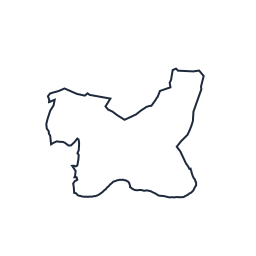 outline of Oju, Benue, Nigeria, rotated 25°
{"feature_id": "59680162B46226733150895", "entity_name": "Oju", "entity_type": "district", "adm_level": 2, "iso_a3": "NGA", "parent_name": "Nigeria", "parent_adm1": "Benue", "projection": "equal_earth", "projection_center": [8.388, 6.875], "detail": "fine", "context": "isolated", "style": "outline", "palette": "slate", "viewbox_px": 256, "rotation_deg": 25, "n_neighbors": 0, "source": "geoboundaries", "source_scale": "gbopen_adm2", "svg_char_len": 2419}
<svg xmlns="http://www.w3.org/2000/svg" viewBox="0 0 256 256"><g transform="rotate(25 128 128)"><path d="M65.2,175.3L66.7,173.0L69.1,170.2L72.5,169.2L74.9,168.1L77.3,168.1L79.9,168.7L81.5,169.0L83.7,167.9L85.5,163.3L86.5,159.0L88.1,159.4L90.0,162.2L91.2,165.0L92.8,169.2L92.8,171.1L92.8,172.2L94.7,173.2L96.4,177.7L97.5,181.9L97.9,183.4L96.8,184.9L94.8,185.1L93.4,185.9L96.4,187.7L98.7,189.1L100.3,193.8L100.3,195.3L102.2,194.4L103.9,196.4L102.2,198.7L101.8,201.6L103.1,203.4L103.4,203.8L106.7,209.6L108.2,209.1L109.6,209.6L110.7,210.1L112.4,210.1L113.8,209.6L114.9,209.6L116.3,209.1L117.7,208.7L119.5,207.7L120.9,207.3L122.3,206.3L123.4,205.9L125.2,204.9L126.2,204.0L127.3,203.5L129.1,201.6L130.1,200.2L130.8,198.8L131.5,197.8L132.3,195.9L133.0,194.0L133.7,193.0L134.1,191.1L135.1,188.8L135.5,187.3L135.7,186.7L136.6,184.9L137.3,183.0L138.7,181.6L140.1,180.2L141.9,178.8L142.6,178.3L144.0,177.8L145.4,176.9L146.8,176.9L147.9,176.4L149.3,176.5L150.4,176.5L151.8,177.0L152.8,177.9L154.2,179.4L154.9,180.8L156.0,180.8L157.4,181.3L158.1,181.3L159.2,181.3L160.6,181.3L161.6,180.9L163.0,180.4L164.1,179.5L166.6,178.5L169.1,178.1L171.2,176.7L172.9,176.2L175.1,175.7L177.5,175.8L179.7,175.8L181.1,175.8L183.9,176.3L186.0,175.8L188.1,174.9L189.9,174.4L192.0,174.0L194.5,173.5L197.3,172.1L199.4,171.2L201.6,169.8L203.3,169.3L205.1,168.4L206.2,167.9L207.6,167.0L208.3,166.0L208.3,165.9L209.0,165.1L210.1,163.6L210.8,162.7L211.1,161.7L212.6,159.8L213.6,157.0L213.6,155.1L213.6,153.6L214.0,151.2L213.3,149.8L212.6,148.3L211.6,147.9L210.5,146.4L209.1,145.9L208.1,145.0L207.3,144.5L205.9,143.0L204.5,141.6L203.5,140.1L202.4,139.2L201.9,138.4L200.9,139.1L199.0,137.6L195.5,135.6L185.3,127.1L180.1,124.4L181.7,117.5L184.8,109.1L184.8,103.8L184.5,99.2L183.9,94.4L180.4,85.5L178.1,61.9L176.7,59.7L174.6,48.9L168.2,45.9L163.3,49.1L149.1,54.9L146.4,53.9L144.3,56.3L144.0,56.6L144.1,56.9L146.7,66.3L146.6,69.3L149.3,73.2L141.3,80.9L141.7,87.1L141.3,88.8L141.2,90.5L139.8,98.0L138.3,98.8L136.0,100.9L135.3,101.9L132.3,106.8L129.5,112.4L121.4,122.0L119.8,121.8L113.2,121.0L107.0,119.7L102.1,119.7L98.5,118.0L99.6,108.8L79.2,114.2L76.7,113.7L75.2,116.9L67.3,118.7L53.8,119.0L49.3,124.0L44.8,127.8L42.8,129.7L42.0,133.1L44.7,135.7L45.5,137.9L46.2,137.3L47.1,136.1L49.6,133.4L51.0,139.0L50.2,145.1L51.3,154.1L52.3,159.0L54.6,162.8L57.6,164.5L58.7,166.6L60.7,167.8L63.0,171.6L65.2,175.3Z" fill="none" stroke="#1e293b" stroke-width="2"/></g></svg>